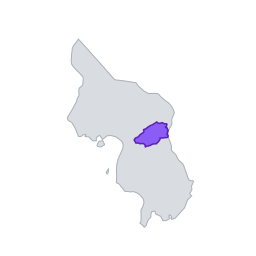 Tunisia, with Gafsa highlighted, rotated 151°
{"feature_id": "TUN-112", "entity_name": "Gafsa", "entity_type": "Governorate", "adm_level": 1, "iso_a3": "TUN", "parent_name": "Tunisia", "parent_adm1": "", "projection": "albers", "projection_center": [8.747, 34.421], "detail": "fine", "context": "in_parent", "style": "filled", "palette": "violet", "viewbox_px": 256, "rotation_deg": 151, "n_neighbors": 0, "source": "natural_earth", "source_scale": "10m", "svg_char_len": 3896}
<svg xmlns="http://www.w3.org/2000/svg" viewBox="0 0 256 256"><g transform="rotate(151 128 128)"><path d="M175.3,144.5L175.3,145.3L174.6,150.7L174.4,152.7L174.4,156.0L174.5,160.0L176.5,163.3L176.6,164.8L175.9,166.5L172.4,168.6L167.9,171.2L164.0,173.7L159.7,176.4L158.4,178.2L156.2,179.5L154.5,180.9L154.2,182.1L152.9,184.5L151.3,186.5L147.2,187.4L146.4,188.0L144.6,190.9L143.7,192.0L142.6,194.4L144.1,200.5L145.9,206.7L146.3,209.3L146.3,211.5L145.4,213.8L143.2,217.2L141.6,219.7L138.5,224.1L137.6,225.2L135.4,226.6L131.2,228.3L128.3,229.8L126.7,223.1L125.4,217.4L124.3,212.6L122.4,204.3L120.8,197.2L119.2,190.1L117.8,183.6L116.4,177.2L115.7,176.2L111.5,173.2L107.6,170.4L103.5,167.2L99.1,163.7L98.5,159.3L96.2,152.7L93.9,149.0L93.0,148.0L88.3,145.6L85.5,143.8L84.8,142.8L84.3,140.1L82.4,134.7L80.2,129.9L79.5,126.6L79.4,122.4L79.9,119.5L80.8,118.2L85.5,114.5L87.7,110.1L90.3,108.4L92.6,107.2L94.4,105.7L96.1,103.4L97.3,100.9L97.6,98.2L98.1,93.9L98.9,90.8L100.9,87.4L100.1,84.7L99.1,81.7L99.4,76.6L99.1,74.5L98.3,72.7L97.5,70.3L97.5,68.3L98.3,63.2L99.0,59.2L99.9,54.1L99.6,52.6L98.9,51.6L96.7,50.4L96.7,49.7L97.2,49.0L100.5,46.5L102.2,42.8L103.6,42.1L105.8,40.7L105.7,39.3L105.2,37.8L110.9,36.1L116.3,31.5L118.2,30.4L130.6,26.2L132.2,26.4L134.1,27.0L133.5,28.6L132.8,29.8L133.9,32.0L135.4,30.6L135.0,29.8L134.9,28.6L137.5,28.4L139.8,28.6L142.3,29.9L142.2,34.8L145.6,39.6L144.7,42.0L147.4,43.4L149.8,41.6L151.0,39.1L155.4,37.5L159.6,33.8L161.9,33.3L162.5,36.3L163.7,39.0L162.2,39.9L160.2,42.8L156.4,50.0L152.9,52.2L150.2,55.0L149.4,57.0L149.2,59.3L149.9,63.4L152.0,67.5L154.3,69.9L156.5,70.7L161.7,74.5L161.7,76.9L162.5,79.7L162.8,83.1L164.7,85.8L161.0,91.8L159.0,96.1L155.0,102.1L151.3,106.0L143.5,111.8L141.6,113.7L140.4,115.7L139.8,117.7L140.1,120.1L142.7,126.0L146.3,129.5L149.9,131.3L156.0,130.4L155.9,132.7L156.4,135.4L158.9,135.2L160.5,134.8L161.9,132.1L165.0,133.8L166.7,139.3L169.3,141.0L169.6,141.7L168.7,142.1L168.0,142.8L168.8,143.2L171.3,143.8L172.8,143.3L175.3,144.5ZM161.8,129.3L161.2,129.5L160.1,130.3L159.5,130.4L157.7,129.6L157.1,129.6L156.2,129.0L156.4,125.6L156.7,124.7L160.9,124.5L163.2,126.4L163.6,126.9L163.7,127.5L162.7,128.6L161.8,129.3ZM168.7,99.6L165.1,101.8L165.8,99.9L168.1,97.7L168.8,98.2L168.7,99.6Z" fill="#d9dde1" stroke="#a8b0b8" stroke-width="1"/><path d="M93.9,106.5L94.9,105.7L95.5,105.3L95.6,105.1L95.8,104.9L95.9,104.4L96.1,104.2L96.9,103.7L97.1,103.4L96.5,102.4L96.6,102.0L96.8,101.5L97.6,100.7L97.9,100.7L98.8,100.8L99.1,101.0L99.4,101.2L99.9,101.5L102.5,102.4L102.8,102.6L104.4,103.5L104.8,103.7L105.0,103.7L105.2,102.9L105.3,102.8L105.5,102.6L105.7,102.4L108.1,101.2L108.3,101.1L109.4,101.0L109.8,100.8L110.5,100.4L114.3,102.0L116.6,102.0L119.0,102.4L120.5,103.2L120.7,103.3L120.8,103.3L121.1,103.2L121.5,103.0L121.8,102.9L121.9,103.0L122.0,103.1L122.0,103.3L121.4,104.7L121.4,105.0L121.4,105.3L121.4,105.6L121.6,105.9L121.7,106.1L121.9,106.5L122.4,107.0L123.1,107.5L123.3,107.7L123.5,107.8L125.0,108.3L125.4,108.7L125.7,109.2L125.8,109.4L126.0,109.6L126.7,110.1L126.8,110.2L127.9,110.7L128.2,110.9L128.4,111.0L128.4,111.3L128.4,114.6L127.9,114.9L127.5,115.0L126.5,115.6L126.4,115.6L126.1,115.6L123.4,115.3L122.9,115.4L121.5,116.1L118.3,116.6L118.0,116.5L117.5,116.4L117.3,116.5L116.4,116.8L115.9,117.1L115.7,117.3L115.6,117.5L115.5,117.8L115.5,118.4L115.5,118.5L115.4,118.8L115.2,118.9L115.0,119.0L113.5,118.8L112.6,118.6L112.4,118.6L112.2,118.6L111.4,119.0L107.3,119.3L106.0,119.1L105.1,119.0L99.9,119.3L99.8,119.2L99.7,119.0L99.5,118.3L99.4,117.9L99.2,117.6L98.9,117.3L98.5,117.0L98.4,116.9L96.6,116.3L95.7,116.2L95.4,116.0L95.2,115.7L94.9,115.2L94.6,114.7L94.4,114.5L93.9,114.0L92.2,112.9L92.1,112.6L92.3,112.3L92.4,112.1L93.2,111.1L93.3,111.0L93.4,110.9L93.6,110.9L94.7,110.8L94.8,110.7L94.8,110.3L94.7,110.1L93.9,109.3L93.8,109.2L93.8,108.9L94.2,107.4L94.2,107.2L94.0,106.6L93.9,106.5Z" fill="#8b5cf6" stroke="#5b21b6" stroke-width="1.5"/></g></svg>